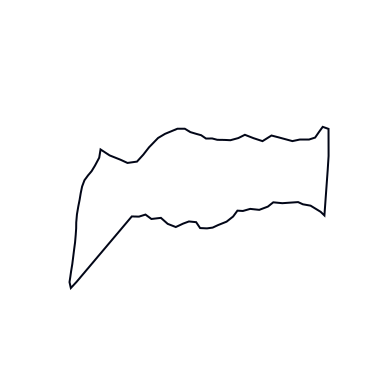 the district of Barra de São Miguel, Alagoas, Brazil, rotated 155°
{"feature_id": "56859067B85580806307237", "entity_name": "Barra de São Miguel", "entity_type": "district", "adm_level": 2, "iso_a3": "BRA", "parent_name": "Brazil", "parent_adm1": "Alagoas", "projection": "orthographic", "projection_center": [-35.941, -9.81], "detail": "fine", "context": "isolated", "style": "outline", "palette": "ink", "viewbox_px": 384, "rotation_deg": 155, "n_neighbors": 0, "source": "geoboundaries", "source_scale": "gbopen_adm2", "svg_char_len": 1183}
<svg xmlns="http://www.w3.org/2000/svg" viewBox="0 0 384 384"><g transform="rotate(155 192 192)"><path d="M342.4,156.2L334.7,159.3L256.9,195.3L250.5,192.1L243.7,191.2L240.2,184.7L231.1,181.7L227.5,173.4L221.5,167.1L213.4,167.1L207.2,166.6L201.0,162.9L199.9,155.9L193.8,152.7L188.3,151.0L182.4,151.0L173.2,150.5L165.1,152.4L158.7,155.9L153.9,153.3L146.4,152.1L138.6,147.4L129.4,146.7L122.7,148.3L114.9,143.7L107.6,140.9L100.1,138.0L96.7,134.0L90.3,129.5L83.8,119.7L81.9,114.8L59.6,154.8L53.0,166.9L41.6,191.5L46.0,195.8L51.6,192.7L57.4,189.3L63.8,190.1L72.2,194.0L79.5,195.7L90.4,204.9L96.1,209.6L106.6,208.3L113.5,214.8L119.9,221.5L127.2,221.3L135.3,222.7L140.6,225.5L147.0,228.6L151.1,232.0L156.7,234.5L159.7,239.6L163.7,243.0L168.2,247.0L171.8,252.4L178.5,255.5L191.9,256.1L199.9,255.3L212.0,250.7L220.4,246.4L229.0,242.8L238.2,245.6L243.2,251.5L251.2,260.0L256.9,269.2L261.6,262.3L268.8,256.9L274.2,253.3L279.2,251.0L284.5,248.1L289.3,243.4L293.4,237.9L297.1,232.5L301.2,226.9L305.7,220.4L309.8,213.3L312.4,207.9L315.5,202.3L319.3,195.7L322.7,190.4L326.9,183.7L331.0,177.2L335.1,171.2L338.1,166.6L341.1,162.1L342.4,156.2Z" fill="none" stroke="#020617" stroke-width="2"/></g></svg>